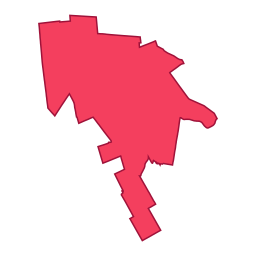 Mihail Kogalniceanu, Ialomita, Romania
{"feature_id": "2599482B73774561478339", "entity_name": "Mihail Kogalniceanu", "entity_type": "district", "adm_level": 2, "iso_a3": "ROU", "parent_name": "Romania", "parent_adm1": "Ialomita", "projection": "orthographic", "projection_center": [27.746, 44.645], "detail": "fine", "context": "isolated", "style": "filled", "palette": "rose", "viewbox_px": 256, "rotation_deg": 0, "n_neighbors": 0, "source": "geoboundaries", "source_scale": "gbopen_adm2", "svg_char_len": 4541}
<svg xmlns="http://www.w3.org/2000/svg" viewBox="0 0 256 256"><path d="M129.9,218.6L131.9,222.2L138.3,233.6L142.3,240.6L157.6,232.0L160.7,230.3L148.3,208.4L155.6,204.2L155.2,203.4L154.4,202.0L153.6,200.8L152.9,199.5L152.3,198.4L151.8,197.5L151.3,196.7L149.3,193.0L148.3,191.4L147.8,190.5L145.5,186.4L143.6,183.1L142.4,181.0L141.0,178.5L139.5,175.9L139.8,175.9L140.1,175.8L140.4,175.9L140.5,175.9L140.8,175.7L140.9,175.2L141.0,174.5L141.3,173.7L142.4,171.7L142.8,170.9L143.9,168.7L144.3,167.9L144.4,167.5L144.7,166.7L144.9,165.2L145.1,163.9L146.1,162.1L146.7,161.3L147.1,160.9L147.9,159.6L148.1,159.2L148.3,158.9L148.4,157.8L148.4,156.9L151.7,162.8L152.3,163.2L152.5,163.2L152.9,162.4L153.1,161.6L153.3,160.6L153.5,160.4L156.2,162.3L156.3,162.3L156.3,162.7L156.4,162.8L156.5,162.8L156.7,162.7L156.8,162.8L157.0,162.8L157.2,163.0L157.1,163.3L156.9,163.5L156.7,163.5L156.8,163.6L157.2,163.7L157.5,163.8L157.8,163.8L158.0,163.8L158.0,163.7L158.1,163.4L158.3,163.3L158.5,163.3L158.8,163.4L158.9,163.5L159.0,163.5L159.3,163.6L159.6,164.1L159.9,164.6L160.1,165.0L160.5,163.9L161.5,163.9L162.0,164.0L162.3,164.1L162.7,163.8L163.4,163.5L172.5,165.0L172.9,162.5L173.4,160.4L174.1,155.7L174.7,151.7L175.4,148.1L175.6,146.5L175.6,146.4L175.6,146.0L176.2,142.2L176.2,141.7L176.3,141.2L176.5,140.2L176.8,138.4L176.9,138.1L177.0,137.6L177.0,137.3L177.1,136.8L177.3,136.0L177.3,135.7L177.5,134.9L177.6,134.3L177.6,133.9L177.8,132.9L178.1,131.3L178.4,129.4L178.5,128.7L178.6,127.9L178.9,125.8L179.2,123.3L179.6,120.7L179.8,119.6L180.0,118.4L180.2,117.7L181.1,117.8L181.5,118.2L182.3,118.7L183.0,119.1L183.5,119.4L183.8,119.4L184.6,119.5L185.6,119.3L187.8,119.3L189.7,119.4L194.1,120.8L196.7,121.1L199.3,121.2L200.3,121.6L201.1,122.0L201.7,122.4L202.1,122.8L203.8,125.1L204.5,126.0L206.2,127.5L207.0,127.9L207.5,128.0L207.9,128.0L208.5,127.8L211.2,126.5L212.9,125.5L213.5,125.0L214.1,124.3L214.8,123.3L215.0,122.8L215.1,122.2L215.4,121.2L215.7,120.5L216.2,119.4L216.5,119.1L217.1,118.7L214.6,114.0L214.3,113.4L214.2,113.3L214.1,113.2L213.3,112.6L205.8,107.1L204.3,105.9L203.8,105.7L203.5,105.5L190.7,99.8L189.6,99.3L189.1,99.0L188.4,98.3L187.8,97.6L185.3,94.2L178.7,85.2L176.7,82.4L174.7,79.6L172.2,76.2L169.8,72.9L169.7,72.6L169.9,72.5L174.2,69.3L175.0,68.8L177.8,66.7L178.3,66.3L178.8,65.9L180.5,64.7L181.1,64.3L181.3,64.2L181.9,64.0L182.2,63.9L183.0,63.7L183.8,63.5L182.9,61.4L182.8,61.2L182.3,60.6L182.2,60.3L182.1,60.2L181.9,59.8L179.7,59.5L177.8,58.6L174.3,56.2L173.7,55.8L173.0,55.5L167.8,53.1L167.1,52.7L164.1,50.7L163.2,49.3L157.3,46.2L155.5,40.9L155.3,40.9L153.4,41.8L151.2,42.7L147.2,44.3L143.2,45.8L141.3,46.6L139.5,47.3L139.3,45.1L139.2,42.9L140.0,42.9L140.9,42.8L140.9,42.6L140.8,42.3L140.7,41.6L140.7,40.9L140.4,39.1L140.2,37.3L140.2,37.0L136.0,36.6L131.9,36.3L127.8,36.0L123.6,35.7L117.3,35.2L111.0,34.7L108.9,34.5L105.6,34.2L105.4,34.1L104.3,34.0L103.1,33.9L102.0,33.8L100.8,33.8L99.4,33.7L98.0,33.6L97.7,33.6L96.2,17.0L69.9,15.4L70.3,21.1L63.2,21.7L59.8,22.0L59.7,21.1L56.7,21.4L38.9,23.5L39.1,25.6L39.3,27.4L39.5,29.9L39.7,32.6L39.9,34.3L40.1,37.7L40.4,40.5L40.5,41.8L40.6,43.5L40.8,45.2L41.0,47.6L41.5,53.2L42.2,61.7L42.4,63.7L42.7,66.3L43.0,68.5L43.4,71.7L43.6,73.4L43.7,74.2L43.9,75.9L44.2,78.1L44.4,79.9L44.7,81.8L45.0,84.5L46.2,93.7L46.4,96.0L46.7,98.0L46.9,100.1L47.2,102.5L47.6,105.3L47.7,106.1L47.9,108.0L48.0,108.2L52.0,112.8L53.7,114.6L54.8,115.9L56.4,113.4L58.6,110.0L60.1,107.7L61.3,105.8L64.2,101.5L66.5,98.0L69.4,93.8L71.8,98.3L73.3,101.2L73.6,102.0L74.0,102.7L74.0,103.0L74.4,104.6L74.6,106.1L74.6,106.6L74.7,107.4L74.9,108.3L75.1,109.1L75.2,109.6L75.5,111.2L75.7,112.2L75.9,113.7L76.2,115.3L76.4,116.3L76.5,117.0L76.9,117.2L77.1,117.3L77.3,118.1L78.4,121.9L78.8,123.3L84.5,120.8L88.4,119.2L91.5,117.8L93.1,117.2L95.0,119.6L98.3,124.0L98.6,124.3L104.1,131.7L111.1,140.7L111.1,140.8L111.2,141.3L111.3,142.0L110.7,142.3L109.6,142.3L109.2,142.3L108.8,142.2L108.6,142.3L108.5,142.5L108.6,143.0L108.4,143.2L104.3,144.6L98.0,146.6L101.0,156.8L102.9,163.2L107.7,161.3L115.5,158.1L120.7,156.0L120.8,156.2L121.1,157.7L122.8,163.5L123.3,165.3L124.5,169.3L119.6,171.7L118.7,172.1L114.7,174.0L120.5,185.7L123.2,190.9L123.2,191.1L122.8,191.1L122.6,190.8L122.4,190.6L122.1,190.6L121.9,190.9L122.0,191.1L122.3,191.6L122.5,192.0L122.8,192.7L122.9,192.8L122.7,193.2L122.6,193.3L122.4,193.5L122.2,193.7L121.9,193.8L121.6,194.0L121.4,194.2L121.4,194.9L121.4,195.0L121.6,195.2L122.8,197.3L125.4,201.8L127.6,205.8L130.6,211.3L133.5,216.6L132.9,216.9L131.8,217.6L130.2,218.5L129.9,218.6Z" fill="#f43f5e" stroke="#9f1239" stroke-width="1.5"/></svg>